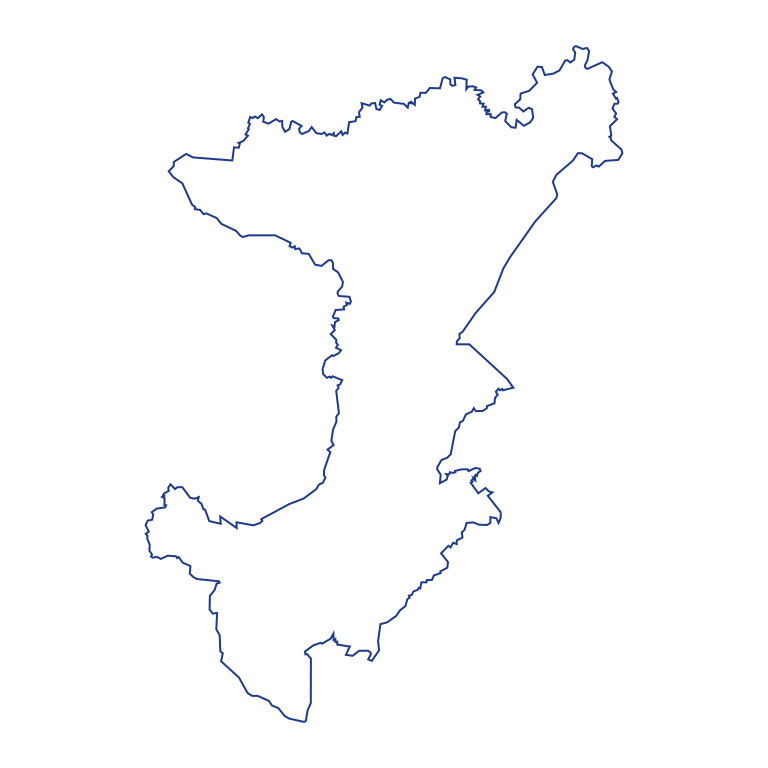 San Felipe Orizatlán, Hidalgo, Mexico (Albers equal-area conic projection)
{"feature_id": "50627088B21617615218202", "entity_name": "San Felipe Orizatlán", "entity_type": "district", "adm_level": 2, "iso_a3": "MEX", "parent_name": "Mexico", "parent_adm1": "Hidalgo", "projection": "albers", "projection_center": [-98.581, 21.246], "detail": "fine", "context": "isolated", "style": "outline", "palette": "blue", "viewbox_px": 768, "rotation_deg": 0, "n_neighbors": 0, "source": "geoboundaries", "source_scale": "gbopen_adm2", "svg_char_len": 6066}
<svg xmlns="http://www.w3.org/2000/svg" viewBox="0 0 768 768"><path d="M420.2,588.4L421.4,582.3L426.5,582.3L426.8,580.1L432.0,579.9L433.8,575.5L440.6,573.1L440.3,571.4L447.3,567.7L448.0,562.1L441.1,553.3L448.4,545.8L450.6,547.4L453.2,542.7L456.7,544.1L456.7,540.4L462.5,537.6L461.8,532.4L464.5,529.8L466.7,522.9L473.2,522.4L479.0,524.7L486.9,525.0L490.3,523.1L490.4,517.1L496.3,518.2L498.6,523.0L500.7,517.6L500.7,512.2L487.8,495.8L492.4,492.4L488.9,491.5L485.6,488.0L478.3,493.3L470.7,482.8L472.5,481.8L471.4,480.5L472.9,479.0L474.8,480.1L473.5,477.7L475.1,478.5L474.8,475.9L475.9,474.7L476.9,475.9L478.1,472.6L480.6,471.1L479.7,468.8L475.5,467.9L468.5,471.1L467.8,469.3L461.9,469.3L455.0,470.9L455.3,472.2L453.2,472.9L449.9,472.2L449.3,474.3L446.2,474.1L447.7,475.9L446.6,479.6L439.9,483.2L440.7,474.7L437.1,469.2L437.4,467.0L441.5,460.0L447.1,457.8L450.7,454.3L455.2,431.2L458.8,427.6L460.0,422.3L462.9,420.9L465.9,414.4L471.8,411.7L473.8,408.2L475.9,411.2L482.8,410.9L486.8,408.2L486.9,406.1L494.5,403.3L495.0,397.9L497.7,394.8L495.8,391.8L498.5,388.7L499.8,390.3L502.2,388.9L502.8,390.3L513.3,387.7L507.3,379.2L469.3,344.3L456.7,344.3L456.9,341.3L459.7,338.1L459.4,333.9L462.5,331.9L475.7,312.9L494.2,292.0L503.4,268.4L510.1,257.1L535.3,221.4L556.5,197.9L557.2,194.3L552.8,181.8L556.4,174.8L572.8,160.7L577.9,153.2L582.1,153.3L592.2,159.2L591.7,166.1L593.0,167.3L596.4,165.5L598.8,166.6L605.0,160.9L618.3,159.9L622.4,153.2L621.5,149.6L611.1,140.3L610.5,136.8L609.4,137.0L609.3,136.8L611.3,135.6L609.9,126.2L617.1,119.2L614.3,116.8L616.1,113.5L612.5,108.5L614.4,103.8L617.5,103.7L618.5,102.1L617.0,97.9L616.0,98.6L612.9,93.7L616.2,92.0L613.2,89.3L609.4,79.5L611.9,71.5L609.0,67.0L602.3,62.2L587.4,68.9L585.4,67.8L584.8,65.6L587.4,60.3L589.1,51.1L586.9,47.9L582.8,49.0L575.9,46.1L574.0,46.9L573.0,49.1L575.2,52.5L574.3,59.7L570.2,62.5L567.4,60.1L565.2,60.6L559.4,70.5L553.1,73.7L544.8,75.0L541.9,67.0L537.5,66.7L532.6,74.4L537.1,82.7L529.4,90.7L520.6,93.6L520.2,99.4L514.8,104.2L515.6,107.4L519.2,107.7L523.4,111.5L528.6,107.8L532.1,109.3L533.2,117.9L530.1,122.4L523.8,125.8L516.7,119.9L515.6,127.7L511.4,127.3L505.2,121.1L506.8,113.6L505.0,112.3L502.0,112.4L495.4,118.1L490.5,116.9L490.8,114.2L486.3,114.2L486.6,111.8L489.1,111.5L489.1,109.9L485.0,110.3L485.9,106.8L482.5,106.7L483.6,103.7L479.9,103.4L480.1,101.2L478.0,99.4L480.2,96.5L477.5,94.9L483.3,92.4L481.4,90.4L474.6,89.9L476.1,87.5L473.0,86.3L468.4,86.6L466.3,89.2L466.7,79.7L462.1,78.4L454.5,77.7L455.4,85.1L452.1,85.8L450.3,84.2L450.3,79.5L445.1,77.0L442.6,78.3L440.0,88.3L429.8,88.0L425.9,92.8L420.4,92.8L419.5,96.9L415.0,98.6L414.8,104.8L410.3,101.1L411.4,103.3L408.8,102.9L407.7,107.6L403.9,103.9L393.9,102.6L390.6,99.0L387.3,99.6L384.4,102.4L380.8,100.3L379.6,104.6L382.1,105.9L379.7,110.0L376.4,109.0L375.1,103.0L371.3,103.5L369.7,105.6L361.6,103.2L362.5,107.5L359.0,112.2L359.7,116.8L356.3,117.2L355.5,121.2L349.1,122.2L347.4,133.5L345.1,132.6L342.7,134.9L341.3,131.3L336.0,136.2L333.9,135.7L333.8,133.1L331.5,135.1L329.5,133.8L326.7,135.6L324.5,132.5L321.4,134.0L316.3,133.1L311.7,127.1L308.8,131.1L301.9,134.0L299.7,132.1L299.1,128.7L301.6,125.9L292.6,121.0L291.2,121.9L289.4,129.1L285.1,131.8L282.4,126.9L282.1,120.9L279.5,121.5L276.1,119.1L268.6,123.6L263.2,121.7L263.9,117.1L262.0,114.4L257.8,118.2L255.0,116.4L252.7,118.1L250.2,116.9L248.3,122.7L250.0,124.0L247.9,128.4L248.8,129.3L245.5,134.4L247.9,135.7L243.3,141.0L238.6,142.9L239.8,143.7L238.8,147.7L234.0,147.4L232.3,160.5L192.9,157.4L186.2,153.9L173.8,162.0L173.7,166.1L168.7,171.3L173.3,177.1L182.3,183.3L192.0,204.6L195.3,207.2L194.8,209.2L200.0,209.8L203.6,214.2L206.4,213.4L216.7,218.1L221.4,223.9L236.1,230.9L240.3,235.7L242.9,237.0L248.8,235.3L275.1,235.3L290.6,242.8L289.6,246.2L292.5,247.6L294.7,246.3L295.1,249.0L299.4,248.5L302.0,253.3L308.6,253.8L315.2,264.7L321.5,265.9L328.5,260.3L331.4,260.2L333.1,263.4L333.0,268.8L338.1,272.4L342.9,281.9L342.2,286.5L337.6,291.8L337.7,294.0L339.0,296.0L349.4,296.8L350.9,301.5L349.8,303.9L346.3,302.6L347.0,304.9L343.6,306.7L344.1,309.4L335.7,310.0L332.9,316.5L333.7,318.1L338.3,318.5L338.8,320.1L335.0,322.1L334.5,326.6L332.4,325.6L334.8,330.1L330.7,334.1L336.4,339.9L336.0,342.5L337.9,344.8L336.0,347.7L341.1,350.2L338.4,353.5L332.9,356.1L331.9,355.3L325.2,360.5L322.6,369.1L323.2,374.1L326.9,377.8L329.6,376.6L331.0,377.8L332.4,376.3L342.2,380.1L340.1,384.4L337.6,385.4L338.7,387.8L336.2,390.8L338.9,413.2L336.3,416.7L336.4,421.7L333.0,429.7L331.4,440.8L333.6,445.1L327.5,449.6L330.3,452.1L324.1,470.0L323.9,475.3L325.4,477.5L323.0,482.7L318.8,484.7L316.4,489.0L303.9,498.4L289.2,504.1L261.3,519.1L262.3,520.8L260.2,522.9L253.4,525.3L236.5,522.3L236.7,528.0L220.2,516.5L220.7,523.8L209.3,521.1L205.1,509.7L203.4,509.2L201.5,503.9L197.8,500.7L198.7,497.1L194.6,498.7L190.2,497.8L182.2,487.1L177.1,487.3L175.1,489.1L170.4,484.3L168.2,487.9L168.7,490.9L164.1,493.4L163.1,495.1L164.3,495.9L162.2,497.0L164.6,498.3L164.4,505.0L166.1,505.3L165.2,507.4L156.7,508.6L151.7,512.2L153.2,514.5L152.2,519.7L147.7,520.6L145.6,525.1L148.8,531.8L145.7,533.8L147.6,536.0L147.1,538.2L149.7,544.7L149.4,550.7L152.0,554.5L151.0,556.6L152.9,557.7L156.8,556.8L160.8,558.9L167.7,555.7L176.0,556.3L177.1,558.1L178.7,557.0L182.6,562.6L190.4,566.1L189.8,573.7L193.7,577.3L196.9,579.0L218.9,581.3L219.6,582.7L216.6,583.7L214.7,589.9L209.9,595.9L209.6,609.6L212.8,613.6L217.1,613.0L216.3,629.3L219.7,635.4L220.3,651.2L222.8,653.3L221.1,661.3L239.0,677.6L247.5,692.9L252.2,695.9L257.8,695.9L269.0,701.0L272.0,705.5L278.4,708.2L284.6,715.9L288.9,718.5L303.9,721.9L305.8,721.0L307.6,710.3L310.8,703.1L310.9,658.5L306.9,654.0L305.5,654.4L304.9,651.6L313.1,645.5L320.5,642.8L322.0,643.7L330.6,638.7L333.4,633.6L333.6,640.1L335.3,639.0L335.4,641.9L337.3,641.6L337.3,644.6L349.8,646.5L345.9,654.8L352.6,655.8L359.1,650.8L367.9,650.7L370.6,652.4L370.8,654.4L368.2,659.4L371.8,660.9L379.1,650.3L378.1,641.0L380.4,624.2L387.2,622.3L396.3,615.8L400.0,610.3L405.4,606.1L407.4,599.1L409.6,597.7L408.9,595.7L411.7,595.0L413.5,591.4L417.7,589.9L418.8,587.8L420.2,588.4Z" fill="none" stroke="#1e3a8a" stroke-width="2"/></svg>